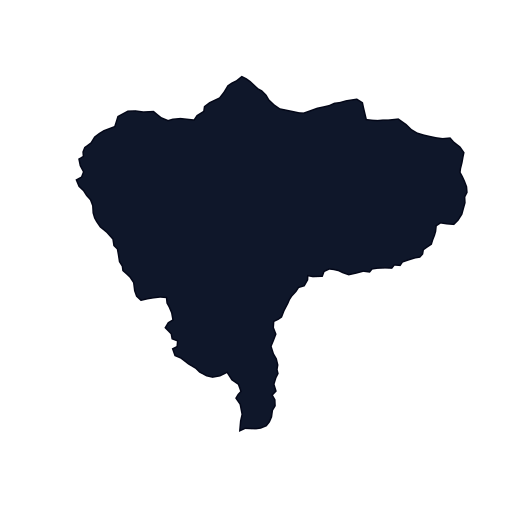 the district of Pugmil, Tocantins, Brazil, rotated 102°
{"feature_id": "56859067B46523842335480", "entity_name": "Pugmil", "entity_type": "district", "adm_level": 2, "iso_a3": "BRA", "parent_name": "Brazil", "parent_adm1": "Tocantins", "projection": "natural_earth1", "projection_center": [-48.87, -10.421], "detail": "fine", "context": "isolated", "style": "filled", "palette": "ink", "viewbox_px": 512, "rotation_deg": 102, "n_neighbors": 0, "source": "geoboundaries", "source_scale": "gbopen_adm2", "svg_char_len": 2636}
<svg xmlns="http://www.w3.org/2000/svg" viewBox="0 0 512 512"><g transform="rotate(102 256 256)"><path d="M320.1,364.4L323.2,359.3L320.3,353.1L318.2,347.7L316.0,341.2L315.2,334.9L320.5,333.2L323.8,330.3L329.1,326.6L335.8,323.9L339.5,327.9L345.0,329.8L349.7,322.7L354.4,320.8L355.3,315.0L361.0,314.3L364.1,318.2L370.2,314.5L371.4,308.2L375.6,299.5L378.3,291.5L381.2,287.0L383.4,279.4L383.5,273.3L380.7,266.4L375.7,260.1L382.1,253.8L385.1,246.5L391.6,242.5L395.1,244.6L399.2,246.0L404.3,240.6L413.8,236.6L420.5,236.7L430.3,235.5L426.8,230.8L425.8,224.9L424.9,220.1L423.3,215.7L419.9,210.7L415.5,208.5L410.2,207.4L403.5,207.9L398.6,206.2L392.7,207.7L388.7,211.3L384.0,208.4L377.7,211.9L370.9,211.3L366.4,210.1L362.7,211.9L358.1,212.1L352.4,214.8L348.1,218.7L341.2,222.6L335.3,221.5L328.3,220.4L322.5,224.2L316.3,225.1L313.3,221.2L310.4,218.4L303.6,217.3L295.7,215.1L291.6,214.3L287.7,212.8L282.3,209.6L277.9,207.9L275.1,202.7L268.6,200.6L264.4,201.3L264.3,196.1L262.0,187.0L257.0,186.3L253.4,181.6L253.0,177.1L253.1,172.1L254.2,167.7L255.0,161.4L251.9,154.6L248.5,147.9L248.0,141.6L244.5,139.8L242.6,134.6L240.7,127.1L239.6,120.7L236.0,118.9L235.2,113.1L231.4,111.6L227.9,105.7L224.7,100.0L223.0,95.6L219.4,93.5L215.1,93.7L212.0,90.9L208.0,87.0L203.5,86.6L198.7,85.8L194.5,85.5L189.0,86.1L185.2,82.4L184.8,75.9L183.9,69.1L179.0,65.9L172.3,63.4L166.8,63.1L160.5,62.7L154.8,64.2L149.9,62.9L144.5,64.5L139.4,67.8L135.4,70.8L131.8,73.9L127.8,74.2L121.9,74.0L115.9,74.2L111.7,74.2L107.1,79.1L103.4,86.6L100.3,90.7L102.5,97.9L103.0,104.5L103.0,111.1L102.9,117.0L102.3,124.1L100.1,130.5L96.3,136.5L92.5,145.3L95.7,155.1L96.7,160.0L98.3,165.2L99.1,170.3L99.7,176.5L88.5,181.8L84.0,183.8L81.7,190.0L85.5,200.0L88.5,205.7L90.4,211.1L93.6,215.4L96.1,220.7L98.8,226.8L103.1,233.7L106.4,239.1L107.1,243.6L107.1,250.5L107.2,263.4L104.6,269.6L100.7,276.0L96.7,279.6L93.3,284.8L92.1,289.0L86.6,298.1L84.7,302.5L83.5,307.2L88.7,311.4L91.9,315.5L95.3,318.8L102.3,321.2L109.0,324.4L115.7,333.2L120.6,337.4L125.4,337.1L130.9,342.8L135.9,344.8L137.3,358.5L139.6,365.9L141.9,370.1L140.5,377.6L138.3,382.0L136.0,386.3L138.6,396.1L139.2,404.1L141.0,411.4L148.3,420.0L153.8,420.5L158.8,421.0L165.1,430.8L168.8,434.7L173.2,438.5L179.7,440.8L185.5,446.0L190.2,446.8L194.5,445.5L198.0,449.3L204.2,446.6L209.5,442.1L215.1,443.0L218.9,447.5L224.7,443.5L227.9,438.2L232.0,434.2L235.4,429.5L240.7,426.1L247.7,424.2L252.3,421.7L255.4,419.0L259.9,414.3L263.7,406.9L269.2,399.4L275.3,397.1L277.9,393.0L283.3,390.8L289.9,388.3L293.7,384.6L297.9,383.1L300.4,378.7L302.8,374.8L307.4,370.1L315.2,367.4L320.1,364.4Z" fill="#0f172a" stroke="#020617" stroke-width="1.5"/></g></svg>